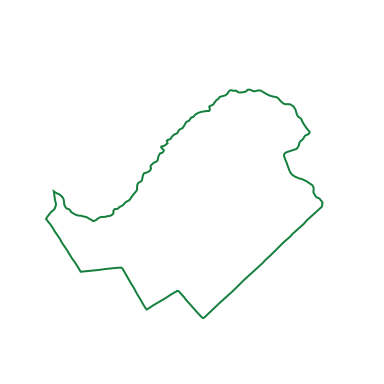 San Cristóbal Verapaz, Alta Verapaz, Guatemala, rotated 121°
{"feature_id": "79465075B68623160282073", "entity_name": "San Cristóbal Verapaz", "entity_type": "district", "adm_level": 2, "iso_a3": "GTM", "parent_name": "Guatemala", "parent_adm1": "Alta Verapaz", "projection": "equal_earth", "projection_center": [-90.595, 15.383], "detail": "fine", "context": "isolated", "style": "outline", "palette": "green", "viewbox_px": 384, "rotation_deg": 121, "n_neighbors": 0, "source": "geoboundaries", "source_scale": "gbopen_adm2", "svg_char_len": 5989}
<svg xmlns="http://www.w3.org/2000/svg" viewBox="0 0 384 384"><g transform="rotate(121 192 192)"><path d="M262.6,310.8L269.3,305.4L272.3,302.4L274.3,301.6L277.5,301.1L280.2,301.9L281.9,302.6L285.9,303.0L288.4,303.3L290.3,303.2L293.1,295.8L293.5,295.1L294.6,292.6L295.9,290.5L300.3,280.9L302.3,277.7L306.6,268.4L307.9,266.1L309.3,263.3L310.9,260.3L312.0,257.5L314.4,252.5L317.3,247.0L317.7,246.4L317.3,245.8L306.7,231.6L302.4,226.3L298.8,221.5L295.9,217.6L293.3,213.8L293.4,212.2L297.9,204.1L301.1,198.4L304.1,192.6L305.6,190.1L307.7,186.6L310.3,181.5L312.7,177.4L314.8,173.4L316.1,170.5L314.9,169.6L309.2,166.9L300.0,161.9L296.2,159.8L290.5,157.1L286.3,154.8L285.7,154.4L284.4,153.8L283.9,152.5L284.5,150.1L285.7,146.5L286.3,144.3L287.1,142.7L290.4,132.3L291.7,128.1L292.8,124.6L294.4,118.9L294.3,117.6L293.6,116.9L272.6,111.1L256.9,106.3L252.5,105.1L241.3,102.3L216.6,94.9L212.2,94.0L205.2,91.9L188.1,87.6L179.4,84.8L176.3,84.3L162.0,79.8L157.6,79.1L138.1,73.2L136.9,73.3L135.7,74.0L135.2,74.2L134.6,74.4L134.2,74.4L133.7,74.9L133.2,76.0L132.9,77.1L132.6,77.7L132.2,78.5L132.0,79.3L132.1,80.0L132.1,80.7L132.3,81.9L132.2,82.8L132.1,83.5L131.9,84.0L131.6,84.6L131.2,85.1L131.0,85.7L130.6,86.4L130.3,86.9L129.6,87.8L129.0,88.2L128.3,88.5L127.4,88.9L126.6,89.4L125.8,90.0L125.2,90.6L124.7,91.4L124.4,92.0L124.1,93.2L124.1,95.3L124.0,96.8L123.9,98.1L123.9,99.7L123.9,100.7L124.1,102.7L124.3,104.3L124.7,105.7L125.1,106.8L125.4,108.0L125.4,109.1L125.7,110.8L125.8,111.7L125.8,112.5L125.7,113.9L125.6,114.8L125.5,115.5L125.1,116.5L124.6,117.8L123.6,119.3L121.6,121.8L120.1,123.7L117.2,127.2L116.6,128.2L115.3,129.8L114.0,131.4L113.0,132.2L112.2,132.4L111.4,132.4L110.3,132.1L109.3,131.5L108.1,130.5L101.5,124.8L101.0,124.6L99.8,124.4L99.0,124.3L98.5,124.3L97.3,124.4L96.1,124.7L95.5,124.9L94.7,125.2L94.1,125.3L93.0,125.3L92.0,125.0L90.7,124.4L89.3,124.2L88.6,124.1L87.9,124.1L86.7,124.2L86.1,124.1L85.6,124.0L84.4,123.5L83.4,122.7L82.7,122.1L81.7,121.8L81.0,121.7L80.3,121.9L79.9,122.2L79.3,123.8L78.6,125.7L78.4,126.4L76.9,129.7L75.8,132.0L75.3,132.8L74.3,134.5L73.9,135.0L73.5,135.4L73.2,135.9L72.9,137.0L72.8,138.5L72.7,139.9L72.4,140.6L71.8,141.6L70.1,143.6L69.3,144.5L68.5,145.2L68.0,146.0L67.7,146.5L66.9,148.2L66.5,148.8L66.4,149.4L66.3,150.3L66.3,152.0L66.3,153.0L67.5,155.4L68.1,156.2L68.5,156.9L68.7,157.5L69.0,158.4L69.0,159.2L68.9,160.2L68.8,161.0L68.2,163.6L67.8,164.9L67.3,166.0L67.2,167.4L67.2,168.3L67.7,169.7L68.1,170.8L68.5,171.8L68.6,172.4L69.2,174.5L69.4,175.7L69.7,179.1L69.7,185.1L70.1,186.5L70.5,187.1L71.3,188.1L72.2,188.9L72.9,189.7L73.6,190.4L73.9,191.2L74.1,192.0L74.2,192.6L74.2,193.4L74.3,194.3L74.6,195.2L75.2,196.3L75.6,196.8L76.0,197.0L77.1,197.3L78.3,197.7L78.8,198.2L80.0,199.4L81.1,200.8L82.1,202.4L82.5,203.1L82.7,203.9L82.7,204.9L82.4,205.8L82.5,206.6L83.2,207.5L83.6,207.9L83.8,208.4L84.1,209.2L84.4,210.4L84.9,211.3L85.8,212.0L86.8,212.2L88.1,212.3L89.2,212.3L90.0,212.4L90.7,212.7L91.9,213.1L93.0,214.2L94.4,215.5L95.0,216.0L95.5,216.5L96.0,217.0L96.7,217.3L97.5,217.3L98.3,217.3L99.3,217.6L99.8,218.0L100.3,218.3L101.3,218.5L102.3,218.5L103.0,218.5L103.5,218.7L103.9,218.9L104.5,218.9L105.3,218.8L105.9,218.9L106.3,219.0L106.9,219.3L107.6,219.8L108.1,220.2L108.7,220.6L109.5,221.1L110.1,221.1L110.5,220.7L111.0,220.2L111.6,219.6L111.9,219.2L112.8,219.1L113.8,219.1L114.3,219.9L114.8,220.8L115.4,221.6L117.1,223.6L118.7,225.5L120.6,227.1L122.3,228.2L123.4,228.8L124.9,229.3L126.3,229.4L126.9,229.6L127.4,229.9L128.0,230.6L128.7,231.0L129.4,231.2L131.0,231.1L132.2,231.3L133.1,231.6L133.6,232.0L134.1,232.5L134.6,232.8L136.4,233.0L139.2,232.9L140.8,232.9L141.6,232.9L142.3,233.1L143.2,233.8L144.5,234.6L145.4,234.9L146.5,235.1L147.6,235.1L148.4,234.9L149.0,235.0L149.6,235.1L150.0,235.4L150.6,235.8L151.5,236.6L152.3,237.0L154.1,237.5L155.8,237.8L156.8,237.7L157.6,237.7L158.3,238.1L158.8,238.7L159.6,239.4L160.1,239.7L160.5,239.9L161.1,240.0L161.6,239.6L162.2,238.5L162.8,238.1L164.1,238.5L166.4,239.5L167.3,240.1L167.7,240.4L168.1,240.9L168.7,241.7L169.3,241.7L169.7,241.1L169.9,240.5L170.2,239.6L170.3,238.9L170.3,238.3L170.9,237.5L171.5,237.4L172.9,237.5L173.6,237.7L174.3,238.2L174.9,238.9L175.3,239.2L176.0,239.3L177.7,239.2L179.3,239.0L180.2,238.6L181.6,238.1L182.4,237.9L183.0,237.8L184.0,238.0L184.7,238.5L185.3,238.9L185.8,239.3L186.2,239.6L186.7,239.8L187.7,240.2L189.6,240.7L191.0,240.9L191.7,240.6L192.1,240.1L192.7,239.4L193.2,239.1L193.9,239.1L194.9,239.1L196.1,239.3L196.8,239.7L198.0,240.4L199.0,241.1L199.8,242.0L200.3,242.5L201.1,242.8L202.6,242.6L204.0,242.3L205.3,241.8L206.8,241.3L207.3,241.0L208.0,241.0L208.9,241.1L210.0,241.6L210.7,242.1L211.5,242.6L212.2,242.7L212.9,242.7L213.4,242.7L214.9,242.2L217.0,241.1L218.1,240.4L219.6,240.2L221.0,240.4L222.6,240.7L224.2,241.0L227.7,241.3L229.5,241.3L230.8,241.5L232.1,241.9L232.8,242.4L233.5,242.8L234.2,243.4L234.8,243.6L236.1,243.9L237.3,244.0L238.4,244.3L239.4,244.7L240.8,245.5L241.4,246.0L242.1,246.3L242.8,246.6L243.8,246.8L244.7,247.1L245.4,248.0L245.9,248.7L246.2,249.2L247.2,249.6L247.7,249.6L248.2,249.7L249.0,249.5L249.5,249.2L250.3,248.6L251.2,248.3L252.1,248.5L253.0,249.0L254.2,249.6L255.0,250.3L255.5,251.0L256.1,251.8L257.4,253.0L258.1,253.8L258.7,254.6L259.4,255.8L260.0,256.7L260.6,257.3L261.4,258.0L262.1,258.4L262.9,258.8L263.7,259.3L264.9,259.6L265.8,260.0L266.4,260.5L267.2,261.1L267.6,261.4L267.9,262.3L267.8,263.1L267.7,263.7L267.7,264.5L267.8,265.3L267.8,268.6L267.9,269.4L268.2,270.5L269.1,273.3L269.4,274.4L269.6,275.1L270.4,276.6L270.7,277.2L270.9,277.9L271.1,278.5L271.4,279.8L271.4,280.7L271.5,284.2L271.4,285.0L271.3,285.7L270.7,286.5L270.4,286.9L270.2,288.0L270.2,288.9L270.3,289.5L270.5,290.1L270.6,290.8L270.5,291.7L270.2,292.5L269.1,294.3L268.7,294.9L268.3,295.2L267.8,295.6L266.8,296.3L266.0,296.9L265.4,297.4L264.7,298.0L264.3,298.4L263.9,299.0L263.3,300.3L263.0,301.0L262.8,301.8L262.5,303.4L262.4,304.2L262.4,305.1L262.6,306.4L262.7,307.2L262.7,307.9L262.8,309.4L262.7,310.0L262.6,310.8Z" fill="none" stroke="#15803d" stroke-width="2"/></g></svg>